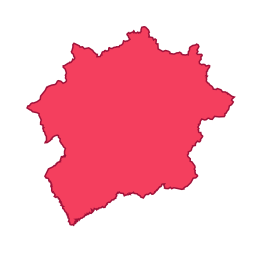 Nyamagabe, Southern, Rwanda (orthographic projection), rotated 186°
{"feature_id": "39286606B14277660644276", "entity_name": "Nyamagabe", "entity_type": "district", "adm_level": 2, "iso_a3": "RWA", "parent_name": "Rwanda", "parent_adm1": "Southern", "projection": "orthographic", "projection_center": [29.511, -2.4], "detail": "fine", "context": "isolated", "style": "filled", "palette": "rose", "viewbox_px": 256, "rotation_deg": 186, "n_neighbors": 0, "source": "geoboundaries", "source_scale": "gbopen_adm2", "svg_char_len": 5791}
<svg xmlns="http://www.w3.org/2000/svg" viewBox="0 0 256 256"><g transform="rotate(186 128 128)"><path d="M194.8,55.6L193.4,53.8L194.2,52.2L192.4,51.4L191.9,52.0L190.7,52.0L190.0,51.3L189.9,50.6L189.0,50.5L189.0,49.8L187.9,49.0L188.3,48.0L187.4,47.7L187.9,47.3L186.9,47.0L187.3,46.5L185.8,45.3L186.6,44.2L184.2,43.3L184.8,43.0L184.4,41.1L183.6,41.0L181.8,38.3L180.3,37.3L180.2,36.2L179.3,35.6L178.9,35.8L178.7,34.8L179.1,34.4L178.2,33.7L178.3,32.4L177.3,32.0L177.0,30.4L177.4,28.7L176.3,28.4L175.5,26.0L174.3,25.7L172.9,26.1L171.9,25.6L171.3,27.8L170.5,27.5L170.0,28.1L170.9,29.6L170.1,30.2L169.4,30.2L169.2,29.4L168.5,29.8L169.3,31.3L170.3,31.7L168.7,32.0L168.2,31.3L167.5,32.3L166.9,31.3L165.7,33.3L164.2,33.6L163.4,34.6L162.2,35.2L162.2,36.0L161.1,36.7L161.3,37.4L160.4,37.1L160.0,37.9L159.3,37.8L159.5,38.7L158.1,38.3L157.5,39.9L156.7,39.3L155.7,39.3L154.7,40.8L155.6,43.0L154.4,42.3L154.1,41.3L153.4,42.4L153.1,44.4L151.2,43.8L150.9,44.1L150.5,43.4L149.8,44.4L148.9,44.5L148.9,45.2L146.2,46.0L145.2,47.2L145.4,47.7L144.2,46.4L142.6,46.7L142.2,48.3L140.7,50.1L141.1,50.7L140.6,51.3L139.3,52.2L138.3,52.1L136.3,54.9L134.7,55.1L134.2,56.3L132.9,56.8L133.1,57.3L132.1,59.5L132.8,60.4L131.6,62.6L131.1,62.0L130.1,63.4L129.1,62.5L125.8,62.4L124.6,60.2L123.1,61.2L122.0,61.3L121.4,62.3L120.5,61.8L120.1,62.3L119.0,62.2L119.7,63.3L117.5,63.4L115.8,64.6L115.2,63.6L111.9,63.5L111.4,62.8L108.8,61.8L108.2,60.7L105.4,60.0L103.8,63.2L102.4,64.0L101.1,63.9L99.0,65.9L97.2,64.6L96.0,65.0L94.6,66.6L94.7,67.3L94.1,67.4L93.7,68.3L92.6,69.0L92.8,69.7L91.8,70.3L90.8,72.3L90.2,72.5L90.2,73.0L89.1,73.3L88.5,74.4L88.6,75.4L87.6,75.9L85.8,76.2L86.4,75.0L85.3,72.9L85.4,72.1L84.4,71.8L81.6,71.9L79.8,73.4L78.2,72.2L76.2,73.4L67.9,72.6L66.8,73.2L66.1,73.1L66.0,74.4L64.2,75.9L63.1,76.2L59.8,80.3L57.9,84.9L55.4,85.5L54.1,87.1L53.8,87.6L54.4,88.5L56.2,89.4L56.9,91.7L56.7,92.7L57.8,94.1L57.2,95.6L57.5,97.1L60.8,100.9L62.7,101.5L62.9,103.9L65.5,105.9L66.0,107.5L65.2,108.6L65.5,110.5L63.3,111.8L62.7,112.9L62.5,114.6L61.7,116.2L61.9,116.9L59.2,117.7L59.3,119.6L57.6,122.2L55.8,121.6L55.1,122.0L54.5,123.1L54.7,124.1L52.9,127.3L53.0,127.9L54.5,128.9L55.2,131.1L56.7,130.9L57.4,131.5L57.5,132.8L58.1,133.6L57.4,134.8L58.6,136.2L57.6,138.2L58.2,139.0L56.8,139.7L56.8,142.2L55.6,144.6L52.5,144.0L50.8,144.6L49.9,145.8L48.6,146.2L47.2,145.4L45.1,145.4L43.1,148.6L38.6,148.6L33.5,149.4L32.9,150.7L33.1,152.5L32.0,153.0L31.1,155.3L29.9,156.9L29.5,160.6L27.5,162.0L26.3,164.1L26.0,164.9L27.9,166.5L27.4,167.8L25.5,169.9L28.1,170.4L31.9,172.7L32.3,172.3L33.3,173.6L33.9,173.4L34.9,174.0L37.8,173.8L39.5,175.7L43.4,176.6L44.1,175.6L47.2,175.5L47.9,177.2L49.1,178.3L51.3,179.5L52.4,180.9L53.4,181.1L55.1,182.9L54.9,184.8L55.4,186.2L54.5,187.9L55.9,188.1L55.4,188.7L55.8,192.3L54.9,193.1L55.1,194.0L53.3,197.1L53.3,198.4L54.2,198.7L56.9,197.8L58.3,199.1L60.1,199.2L61.2,198.6L63.6,199.6L64.1,201.3L63.2,203.2L62.5,203.8L62.9,206.5L61.9,207.6L61.9,208.3L62.6,208.9L66.5,208.5L67.5,209.4L66.4,211.4L67.5,212.8L66.0,216.3L66.9,218.0L68.6,218.6L69.3,217.7L72.3,216.8L74.8,214.8L75.2,213.7L74.9,212.9L75.2,211.1L75.9,210.3L75.8,207.1L76.6,207.3L78.4,206.6L81.5,206.6L82.6,207.2L82.6,207.8L84.5,208.8L86.0,207.9L87.1,207.9L89.9,206.3L94.1,206.5L94.2,207.7L95.7,208.5L98.7,209.0L101.3,207.7L106.3,209.8L107.1,214.8L108.2,214.6L109.1,215.2L109.1,218.6L110.4,219.4L111.8,218.2L113.0,220.5L116.8,220.8L116.5,221.8L117.4,224.4L116.8,225.4L117.9,227.5L121.0,230.1L122.5,230.4L124.8,229.6L125.3,227.1L125.1,225.4L126.0,224.0L126.7,224.2L127.4,223.6L128.3,224.4L129.5,223.4L131.0,223.4L131.7,223.9L132.0,223.7L131.9,224.6L132.4,225.2L133.3,223.8L135.1,223.1L135.7,222.3L136.4,222.2L137.1,223.0L138.5,221.8L138.8,221.0L138.3,220.2L137.6,219.8L136.8,218.1L135.3,216.4L137.8,214.3L138.8,214.3L139.6,213.8L141.5,214.2L141.9,211.4L143.1,209.8L144.9,209.1L145.2,207.9L148.1,207.5L148.3,207.1L150.4,206.7L152.1,205.4L154.1,205.4L154.8,205.9L155.4,205.6L155.4,203.4L156.1,202.6L157.3,202.1L158.3,202.7L159.2,202.5L159.5,201.5L160.6,201.4L161.6,200.6L162.0,198.7L161.7,198.0L162.5,197.9L163.1,196.2L166.3,195.7L166.2,198.0L167.1,197.9L170.1,200.0L171.3,201.5L175.4,203.6L179.7,202.3L181.7,204.0L184.1,203.5L185.1,204.7L190.6,206.6L191.5,205.1L191.2,202.7L191.8,199.0L192.3,198.0L191.6,196.7L190.1,195.7L189.2,193.2L188.5,192.9L188.3,191.5L189.1,190.3L190.2,190.6L190.3,189.3L191.5,187.4L192.7,187.3L192.6,186.8L194.2,186.2L197.8,183.3L198.9,183.1L198.8,181.7L196.6,180.0L195.2,176.8L195.0,175.9L195.8,173.9L195.3,173.2L195.4,171.1L194.3,169.7L194.2,168.2L195.1,167.0L197.2,165.7L199.7,167.5L202.1,167.8L203.0,167.3L204.1,164.6L205.2,163.6L208.3,162.7L211.9,160.9L212.4,160.0L213.1,160.1L214.2,156.8L218.2,150.6L218.3,147.2L221.2,144.6L224.4,143.0L225.9,142.9L227.2,141.9L228.4,139.8L229.8,139.5L230.5,137.4L227.1,135.7L226.4,135.7L224.6,134.2L219.9,133.7L217.9,132.9L217.9,131.4L215.1,126.9L215.5,124.6L215.3,122.5L212.8,121.9L212.6,119.7L211.8,119.5L212.6,118.5L211.7,116.9L211.7,116.0L210.6,115.5L209.6,112.8L208.3,111.1L207.7,106.8L208.5,106.0L208.9,104.7L206.8,105.1L203.9,107.6L203.1,109.1L202.6,109.0L202.3,110.6L200.1,112.5L197.6,113.5L196.5,113.2L196.2,111.6L194.3,110.1L194.4,107.9L193.6,106.7L193.1,106.6L192.8,105.5L191.6,104.7L190.0,102.4L188.1,101.2L188.7,98.3L188.4,95.4L187.5,94.3L187.9,94.1L187.4,94.0L187.7,92.8L189.7,92.7L190.0,92.2L190.7,92.7L191.2,92.5L192.0,88.7L191.6,88.4L192.1,87.9L191.6,87.9L192.4,87.5L192.1,87.3L194.8,86.2L194.8,85.3L195.7,84.9L195.6,84.3L196.7,82.8L197.4,83.0L198.8,81.4L202.8,79.0L205.6,71.3L204.4,69.9L204.1,70.2L203.5,69.6L202.3,69.6L201.3,68.5L201.2,67.2L199.9,66.9L200.2,66.3L199.0,65.9L198.7,64.4L198.2,64.2L198.5,62.9L198.0,62.9L198.4,62.1L198.0,61.9L198.4,61.7L197.6,60.5L197.3,57.6L196.4,56.2L195.9,56.5L196.0,56.0L194.8,55.6Z" fill="#f43f5e" stroke="#9f1239" stroke-width="1.5"/></g></svg>